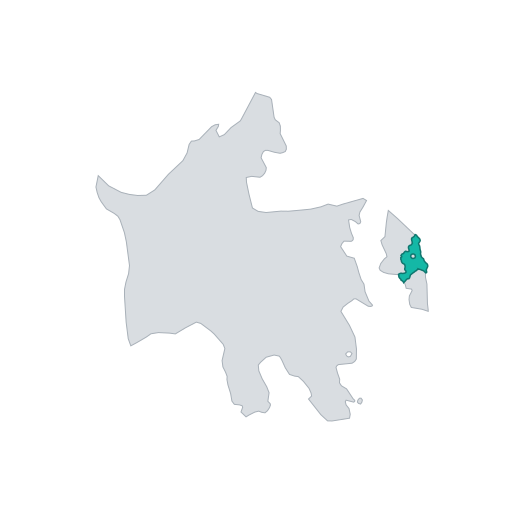 location of Babek District, Babək, Azerbaijan, rotated 210°
{"feature_id": "54616110B53070579367508", "entity_name": "Babek District", "entity_type": "district", "adm_level": 2, "iso_a3": "AZE", "parent_name": "Azerbaijan", "parent_adm1": "Babək", "projection": "mercator", "projection_center": [45.413, 39.259], "detail": "fine", "context": "in_parent", "style": "filled", "palette": "teal", "viewbox_px": 512, "rotation_deg": 210, "n_neighbors": 0, "source": "geoboundaries", "source_scale": "gbopen_adm2", "svg_char_len": 5552}
<svg xmlns="http://www.w3.org/2000/svg" viewBox="0 0 512 512"><g transform="rotate(210 256 256)"><path d="M338.2,397.4L336.4,397.2L323.5,400.3L320.8,399.3L309.7,385.2L307.4,383.6L302.6,383.0L299.9,380.7L297.6,376.9L296.3,374.1L284.8,366.4L283.1,363.6L282.9,361.1L284.6,358.8L286.5,357.0L292.1,355.0L298.6,353.4L300.7,352.2L301.8,350.1L301.7,346.9L300.7,343.6L291.3,337.7L290.2,335.2L289.9,332.0L290.5,328.8L291.9,326.2L299.6,322.8L303.7,319.1L301.1,315.1L292.9,305.9L283.1,295.8L276.5,295.7L269.0,298.7L256.9,307.3L250.3,311.0L241.6,317.1L232.1,323.9L224.3,331.1L219.5,337.0L210.9,339.6L206.5,344.6L192.1,359.4L188.0,359.3L187.8,351.9L188.0,346.0L187.0,342.7L182.4,338.0L182.3,336.0L183.6,334.8L187.2,335.5L191.8,335.3L193.9,333.5L189.0,327.4L184.6,323.3L180.9,320.5L180.1,318.9L180.1,317.7L180.9,316.3L187.2,312.9L187.8,309.8L187.4,306.4L177.3,301.3L169.8,303.2L163.0,297.4L158.6,293.0L153.2,288.2L148.4,285.6L143.7,279.6L135.6,273.4L130.5,271.7L130.5,270.7L131.5,269.6L133.7,268.6L148.0,268.9L149.8,267.8L150.7,265.1L152.7,261.2L155.0,255.4L154.8,250.5L140.3,242.6L129.8,235.3L122.5,225.7L117.6,216.9L117.8,214.0L119.2,211.2L130.4,203.1L131.2,201.0L131.0,199.5L126.9,195.4L121.9,191.1L120.3,187.9L117.1,186.3L111.1,186.2L100.5,180.9L98.3,180.4L97.8,179.4L98.3,178.3L105.9,176.2L105.8,174.4L103.5,172.1L99.2,170.4L95.3,166.1L93.9,162.3L107.6,151.2L111.6,149.0L120.5,151.0L139.0,158.4L137.8,162.5L139.7,164.8L143.9,167.9L152.1,171.1L159.0,172.7L162.5,171.3L167.8,170.2L174.7,173.8L181.1,178.4L184.2,180.3L185.9,180.9L190.8,179.3L196.6,173.4L198.9,166.2L199.5,162.7L196.1,157.9L189.2,152.7L181.3,148.1L176.3,144.1L173.1,136.1L169.9,135.2L169.0,134.2L168.5,131.5L168.7,127.7L169.8,124.7L172.9,123.5L176.1,123.0L179.0,120.2L182.6,114.7L184.2,111.7L191.0,113.4L191.9,118.3L193.1,119.4L195.9,118.8L200.6,116.7L204.3,118.3L209.2,124.2L215.8,130.3L219.4,134.5L220.8,137.3L224.2,140.1L229.2,143.4L233.1,148.5L236.7,160.3L240.2,163.1L253.1,167.5L257.6,168.5L270.1,170.0L274.6,168.9L281.1,158.7L286.9,148.2L292.3,146.0L302.2,140.9L308.1,136.1L310.5,130.9L316.1,121.1L319.5,115.6L325.3,120.5L335.4,133.8L349.7,155.3L353.2,161.4L355.6,168.5L357.5,177.0L360.8,184.5L375.4,203.5L381.6,210.4L391.9,219.4L395.5,221.4L400.3,222.0L409.1,222.0L417.2,225.6L421.2,228.0L425.3,231.6L429.1,235.7L432.8,246.7L418.7,243.1L404.6,243.7L396.5,246.0L388.8,249.2L381.3,253.8L376.7,262.6L372.7,283.0L367.0,302.0L367.2,310.8L369.7,319.2L369.4,323.2L366.8,324.9L363.5,328.5L359.1,345.8L357.0,349.2L354.2,351.4L353.4,349.3L353.5,344.8L347.4,340.8L344.1,345.3L341.8,354.8L337.3,364.8L337.1,366.7L338.2,397.4ZM128.7,218.8L129.4,216.0L127.6,214.8L125.7,214.7L124.1,216.1L124.1,219.5L126.3,220.2L128.7,218.8ZM82.3,298.6L80.2,295.8L79.2,294.2L85.5,292.9L95.8,289.1L98.7,291.0L101.7,294.8L103.2,298.1L103.5,304.1L104.7,305.1L109.8,303.1L112.1,305.5L115.9,308.4L122.7,311.3L132.4,306.8L137.3,305.6L141.3,305.7L143.4,307.2L144.2,311.9L143.4,317.7L142.2,320.8L144.3,323.1L152.3,328.7L155.6,331.8L154.0,337.2L159.9,350.3L161.9,355.3L164.2,361.6L152.1,359.2L130.2,353.9L124.1,351.2L118.4,343.9L115.0,340.4L110.0,335.8L105.9,334.1L102.8,331.0L101.0,326.3L98.4,322.1L93.9,317.1L83.6,300.3L82.3,298.6ZM95.3,184.5L94.0,185.4L91.9,184.5L91.2,182.3L91.4,180.1L93.5,179.6L95.2,180.2L95.7,182.2L95.3,184.5Z" fill="#d9dde1" stroke="#a8b0b8" stroke-width="1"/><path d="M130.7,329.0L130.0,328.7L129.5,328.4L129.4,327.9L129.7,327.6L129.8,326.9L129.3,326.3L129.0,325.6L127.9,324.8L127.3,324.0L126.4,323.4L125.5,323.0L124.5,323.0L123.6,323.1L122.7,322.7L122.1,322.1L121.6,321.5L121.3,320.8L121.0,320.1L120.9,319.5L120.6,318.9L120.0,318.4L119.3,318.2L118.7,318.0L118.0,317.0L118.1,316.4L118.8,315.3L119.5,314.8L120.2,314.2L121.0,313.9L121.8,313.6L122.4,313.0L122.9,312.4L123.3,311.6L123.4,311.4L123.1,310.9L122.5,310.5L121.9,309.4L121.0,308.9L120.0,308.5L118.8,308.2L118.3,307.6L116.7,307.6L115.6,307.3L114.8,306.7L114.6,307.6L114.3,308.7L114.0,310.5L113.8,311.2L113.3,312.2L112.3,312.7L112.1,313.9L112.5,315.6L112.8,316.8L112.4,317.8L112.0,318.9L111.5,320.1L110.9,321.3L110.5,322.6L109.9,323.3L109.7,324.3L109.3,325.0L108.6,325.9L108.8,326.0L107.9,326.2L106.2,326.6L104.8,326.7L103.9,327.0L103.1,326.9L101.6,326.5L100.4,326.3L100.1,326.8L100.0,327.0L100.6,328.1L101.6,328.9L101.7,329.8L101.9,331.2L102.0,332.6L102.2,333.1L102.8,334.0L103.7,334.6L104.1,334.8L105.6,335.0L107.0,335.5L108.1,336.0L109.0,336.9L109.6,337.4L111.0,337.5L112.4,338.0L113.3,338.8L114.0,339.4L114.8,340.5L115.3,341.8L116.1,342.7L117.4,343.9L117.7,344.4L118.6,345.6L119.3,346.5L120.4,347.1L120.9,347.5L121.5,348.2L121.5,349.0L121.4,349.8L121.4,350.7L121.5,351.4L122.1,352.1L122.7,352.6L123.5,352.9L124.3,353.1L125.1,353.3L125.9,353.5L126.6,353.8L127.2,354.2L128.4,354.3L128.9,354.1L128.8,353.6L128.8,352.9L128.8,352.2L128.9,351.7L129.2,351.2L129.4,350.7L129.6,350.3L129.9,350.0L129.9,349.5L130.0,349.2L129.8,348.4L129.2,347.8L128.7,347.1L128.1,346.7L127.7,346.0L127.0,345.4L127.0,344.5L127.1,343.6L127.3,343.0L127.7,342.4L127.8,342.3L128.2,342.0L128.4,341.5L128.6,340.9L128.5,340.1L128.0,339.2L127.7,338.9L127.2,338.5L127.0,338.3L126.2,337.4L125.9,336.5L126.4,335.9L127.1,335.4L127.6,335.2L128.4,335.1L129.0,334.8L129.3,334.0L129.5,333.2L129.5,332.4L129.7,331.6L130.3,331.0L130.6,330.5L130.6,329.8L130.7,329.0ZM120.2,332.2L120.4,332.2L120.9,332.3L121.7,332.8L121.9,333.1L122.2,333.8L122.2,334.7L122.0,335.3L121.6,335.8L121.1,336.2L120.4,336.6L118.8,336.5L118.5,336.1L117.8,335.5L117.5,334.5L117.5,333.8L117.8,333.3L118.1,333.0L118.5,332.6L119.1,332.2L119.7,332.0L120.2,332.2Z" fill="#14b8a6" stroke="#0f766e" stroke-width="1.5"/></g></svg>